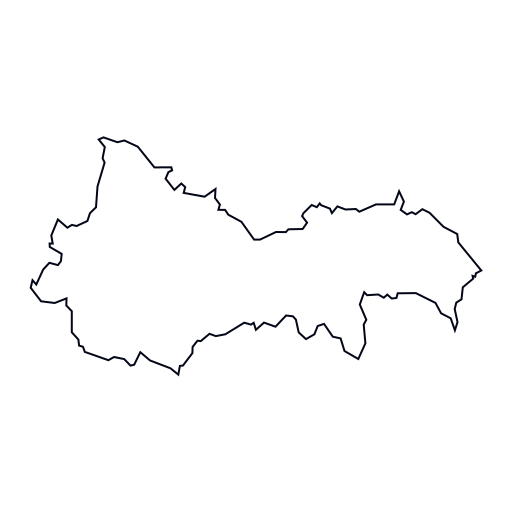 Kratovo, Rankovce, North Macedonia
{"feature_id": "65306769B16547433729319", "entity_name": "Kratovo", "entity_type": "district", "adm_level": 2, "iso_a3": "MKD", "parent_name": "North Macedonia", "parent_adm1": "Rankovce", "projection": "mercator", "projection_center": [22.15, 42.098], "detail": "fine", "context": "isolated", "style": "outline", "palette": "ink", "viewbox_px": 512, "rotation_deg": 0, "n_neighbors": 0, "source": "geoboundaries", "source_scale": "gbopen_adm2", "svg_char_len": 1908}
<svg xmlns="http://www.w3.org/2000/svg" viewBox="0 0 512 512"><path d="M134.2,364.7L140.3,352.2L150.1,360.5L170.5,368.3L178.3,374.6L179.9,365.9L183.0,365.5L192.4,353.1L192.6,346.9L197.5,340.7L200.8,341.1L209.5,333.8L215.8,336.1L225.3,334.3L244.2,322.7L251.0,324.6L253.7,322.8L255.9,329.8L264.0,322.6L275.5,326.7L286.1,315.5L292.9,316.3L295.9,319.6L298.7,332.4L306.0,339.1L314.4,334.3L317.7,326.0L324.0,323.9L332.8,336.7L340.6,338.4L344.5,351.0L358.3,359.0L365.4,343.3L363.7,324.6L366.3,319.8L359.8,304.5L364.2,292.2L367.1,295.2L378.2,294.5L383.8,297.7L387.3,294.6L391.7,298.5L396.4,298.0L397.7,293.3L415.8,293.1L435.5,302.9L441.1,313.3L450.7,318.3L454.9,330.3L457.5,322.1L454.7,309.0L456.3,302.6L461.5,299.3L462.8,287.3L473.2,278.6L472.6,275.9L475.2,276.7L475.9,273.3L481.3,270.5L458.3,242.4L457.2,234.0L443.5,226.8L429.6,212.8L422.4,209.2L415.6,214.2L411.8,212.2L407.0,214.4L400.7,209.9L403.9,201.6L399.1,191.3L394.2,204.4L376.0,204.4L359.3,211.7L355.8,209.0L345.5,209.5L337.4,206.4L331.9,213.1L329.9,208.6L321.1,205.2L319.7,203.4L316.8,207.2L311.7,205.0L303.5,213.1L302.1,216.1L307.1,222.7L302.6,229.0L288.4,229.3L285.9,232.1L276.0,232.0L260.0,239.6L254.1,239.6L241.4,221.8L228.3,214.7L225.1,209.9L218.4,209.8L219.9,204.5L215.0,198.0L215.5,189.0L204.6,196.7L183.7,192.9L185.2,187.1L181.3,183.5L174.4,189.9L165.6,178.7L168.4,172.1L172.1,170.4L171.3,167.3L154.4,167.4L137.8,146.7L124.4,140.5L117.4,142.2L103.5,137.4L98.7,139.5L104.8,147.0L102.6,158.3L104.6,162.6L97.5,186.5L96.0,207.3L90.0,213.1L87.4,221.0L76.6,226.0L71.9,224.9L67.4,227.7L57.9,219.5L51.3,235.5L52.7,243.5L49.6,243.5L49.8,247.0L61.7,253.9L60.9,261.2L57.9,265.1L49.4,262.8L43.2,269.5L36.3,284.5L32.5,280.2L30.7,287.8L41.1,301.3L54.7,303.0L66.5,298.4L66.3,305.5L71.8,311.2L71.8,332.3L78.4,339.6L79.1,345.6L83.0,346.8L84.8,351.9L108.4,360.2L114.0,357.0L124.2,359.1L130.5,365.6L134.2,364.7Z" fill="none" stroke="#020617" stroke-width="2"/></svg>